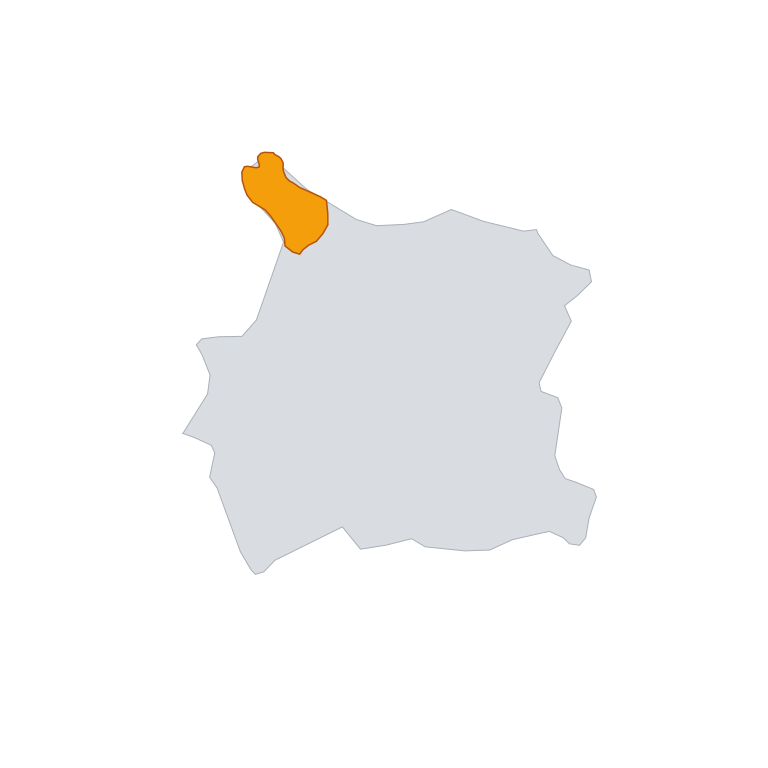 Dragaš on a map of Kosovo (Albers equal-area conic projection), rotated 135°
{"feature_id": "KOS-5909", "entity_name": "Dragaš", "entity_type": "District", "adm_level": 1, "iso_a3": "XKX", "parent_name": "Kosovo", "parent_adm1": "", "projection": "albers", "projection_center": [20.657, 41.99], "detail": "fine", "context": "in_parent", "style": "filled", "palette": "amber", "viewbox_px": 768, "rotation_deg": 135, "n_neighbors": 0, "source": "natural_earth", "source_scale": "10m", "svg_char_len": 1637}
<svg xmlns="http://www.w3.org/2000/svg" viewBox="0 0 768 768"><g transform="rotate(135 384 384)"><path d="M240.9,285.8L273.5,275.2L278.2,267.7L270.8,251.5L275.2,241.3L314.0,212.5L320.4,199.4L322.8,189.1L317.5,178.2L310.3,161.1L313.8,153.9L333.9,144.1L350.2,132.6L359.8,131.7L365.9,139.9L365.9,148.4L371.3,162.9L383.3,170.6L403.4,183.2L426.6,191.8L445.0,209.0L470.0,239.8L473.9,255.1L496.5,268.6L517.4,283.8L514.5,312.4L585.8,336.5L601.9,336.2L609.6,340.4L609.4,346.9L604.1,367.0L575.5,428.6L573.2,441.4L552.3,455.0L549.5,462.7L555.7,479.6L561.3,491.4L560.9,491.3L515.8,501.7L500.6,513.4L491.8,533.8L489.0,544.4L481.0,544.8L467.6,534.4L450.7,518.1L428.9,519.5L354.6,555.4L347.3,574.2L345.7,614.8L340.6,625.8L332.6,632.8L301.8,628.4L298.5,625.7L302.6,610.2L301.0,576.1L287.2,519.7L277.3,501.2L257.1,482.8L241.3,470.7L213.0,459.8L198.7,428.8L177.3,393.5L167.0,385.3L168.7,381.9L173.8,355.4L167.8,336.0L158.4,319.5L165.0,309.6L184.8,309.8L201.1,311.7L207.1,296.0L240.9,285.8Z" fill="#d9dde1" stroke="#a8b0b8" stroke-width="1"/><path d="M298.8,625.9L298.9,623.3L297.6,618.9L297.5,616.3L298.8,612.0L300.4,610.1L302.3,608.6L304.5,605.8L307.3,599.3L307.3,594.8L306.0,590.1L304.8,583.0L296.5,561.1L294.9,554.5L303.0,544.5L311.1,536.3L320.6,533.6L330.8,532.7L338.9,535.4L346.4,536.3L351.8,535.4L355.2,541.8L356.4,551.5L351.2,557.8L348.6,565.5L345.4,583.1L345.0,591.2L347.6,602.0L348.4,605.4L347.5,612.7L347.4,614.0L344.6,620.6L340.2,628.3L337.8,630.9L334.8,634.3L329.1,636.3L326.5,634.4L321.5,627.3L319.0,625.8L317.3,626.9L314.4,632.3L312.4,634.0L308.1,634.2L304.9,632.5L298.8,625.9Z" fill="#f59e0b" stroke="#b45309" stroke-width="1.5"/></g></svg>